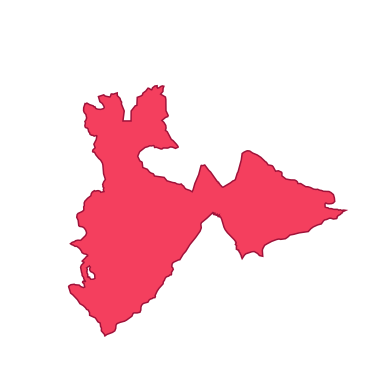 Padang Lawas Utara, Sumatera Utara, Indonesia (Albers equal-area conic projection), rotated 345°
{"feature_id": "22746128B6160471216736", "entity_name": "Padang Lawas Utara", "entity_type": "district", "adm_level": 2, "iso_a3": "IDN", "parent_name": "Indonesia", "parent_adm1": "Sumatera Utara", "projection": "albers", "projection_center": [99.778, 1.636], "detail": "fine", "context": "isolated", "style": "filled", "palette": "rose", "viewbox_px": 384, "rotation_deg": 345, "n_neighbors": 0, "source": "geoboundaries", "source_scale": "gbopen_adm2", "svg_char_len": 5982}
<svg xmlns="http://www.w3.org/2000/svg" viewBox="0 0 384 384"><g transform="rotate(345 192 192)"><path d="M139.2,76.5L138.0,78.4L137.2,79.0L133.0,76.9L131.9,75.3L126.3,75.6L126.4,80.9L128.3,83.3L129.2,86.8L129.1,87.7L128.1,88.5L125.3,88.6L122.3,87.6L120.7,86.4L120.3,84.5L119.4,84.3L118.9,83.2L115.7,81.1L113.5,78.9L112.3,79.3L111.6,78.9L109.2,82.5L108.3,85.4L108.5,87.4L109.6,89.7L109.4,93.2L108.1,95.2L106.8,96.1L106.9,97.8L105.7,100.1L105.6,101.5L106.0,102.3L107.5,103.3L107.9,104.1L107.8,106.9L108.4,108.3L108.5,110.0L109.8,111.2L111.1,111.7L111.9,112.7L114.1,112.7L114.6,113.2L113.1,116.5L109.6,120.4L109.9,124.2L107.2,125.7L106.5,126.9L106.7,127.8L107.9,128.2L108.2,128.7L108.8,131.4L110.7,135.6L112.0,137.5L112.9,140.8L112.9,142.9L111.3,151.6L111.6,157.4L109.4,159.3L107.6,161.7L107.7,163.0L107.3,163.9L107.9,165.1L106.9,166.9L107.1,168.8L103.8,168.7L103.5,167.6L102.2,166.6L100.9,166.2L99.1,166.2L98.0,165.4L97.4,165.8L97.0,165.7L96.6,166.1L95.9,166.1L94.4,167.4L93.3,169.5L89.6,171.0L86.2,173.1L85.0,174.7L84.5,177.2L83.5,178.3L83.1,180.6L82.5,181.7L80.9,182.4L76.4,183.2L75.2,184.1L74.1,186.6L74.7,189.8L73.9,195.2L74.5,196.1L77.2,197.3L78.6,198.9L79.5,201.5L79.6,203.8L79.5,204.5L78.1,206.4L72.3,209.7L71.6,209.8L69.4,209.0L67.0,208.9L65.6,209.5L63.3,209.6L61.2,210.5L62.1,211.6L63.6,212.7L65.0,214.2L66.7,214.7L68.8,217.5L69.8,220.1L70.1,222.1L71.6,223.7L73.7,224.7L74.9,226.0L74.5,226.9L73.4,226.9L72.4,227.8L68.0,230.3L68.7,231.4L69.4,231.7L69.3,232.3L66.2,234.1L64.9,235.9L64.5,241.3L64.7,241.9L64.3,244.3L65.2,246.5L65.0,247.8L65.9,250.7L65.4,250.9L64.0,249.9L63.2,250.3L62.9,251.1L63.9,252.5L63.8,256.0L62.3,256.2L60.1,254.6L58.9,252.7L55.2,251.4L54.3,250.6L51.0,250.2L48.8,250.9L48.3,251.5L48.6,258.2L50.3,260.5L53.5,266.4L54.9,270.9L57.5,273.5L59.1,276.1L59.8,278.1L61.2,279.2L61.8,282.0L61.2,284.6L66.1,288.6L67.5,293.0L69.4,294.9L68.9,298.1L69.3,300.0L68.5,302.6L70.8,307.4L70.7,308.0L70.0,308.7L72.9,307.6L78.9,307.0L81.5,306.1L83.0,304.1L84.1,301.0L85.5,299.7L88.8,299.3L93.4,299.3L95.6,298.8L101.8,296.4L103.7,294.0L104.9,293.8L107.7,294.6L110.6,294.7L112.0,292.8L112.8,290.2L113.7,288.7L115.2,287.4L116.8,287.0L120.9,287.0L122.7,285.2L124.3,284.6L125.6,284.7L126.9,284.2L128.9,284.4L129.6,283.4L129.6,282.4L132.8,278.6L135.2,276.5L140.3,273.2L141.0,271.4L142.6,270.0L143.6,268.5L145.3,267.3L147.7,267.2L149.1,266.4L150.4,266.7L150.9,266.2L151.4,264.3L153.9,261.9L153.7,260.0L153.1,259.1L154.0,256.7L154.8,255.7L156.3,255.0L161.5,254.1L162.7,254.3L167.4,249.8L170.6,247.7L176.4,242.2L183.7,236.9L189.7,231.9L191.7,229.0L192.2,225.4L193.1,224.1L199.5,221.2L206.9,217.2L208.3,218.5L208.0,218.9L207.0,218.9L207.1,219.3L208.1,219.4L208.6,219.0L208.6,220.2L210.4,220.1L210.0,220.9L211.0,221.2L210.0,221.6L210.8,221.7L211.8,221.4L211.3,222.0L212.1,222.3L211.5,222.7L212.0,222.9L211.6,223.4L212.6,222.9L213.2,223.9L213.6,226.1L213.8,234.3L214.3,237.0L215.7,240.5L220.3,248.7L221.2,250.7L221.1,251.6L221.6,252.0L221.3,252.9L220.3,253.8L221.2,255.5L220.5,256.7L220.5,257.8L220.0,258.5L220.9,259.6L221.6,259.8L221.7,260.5L222.1,260.6L222.0,261.6L222.8,264.2L222.7,265.2L223.3,266.1L222.9,267.0L223.2,269.3L226.3,266.5L228.1,265.6L234.3,265.2L236.7,265.6L239.5,268.4L240.7,270.8L243.7,272.4L244.8,266.8L245.5,265.3L248.3,262.3L251.0,261.5L256.2,260.3L261.4,259.8L263.8,259.9L265.4,260.7L270.1,261.3L272.7,260.4L275.5,258.9L279.3,259.2L284.9,259.2L294.1,260.3L297.3,258.2L300.2,257.1L304.9,256.3L308.7,256.3L311.3,254.1L312.7,253.3L315.0,253.4L317.8,252.9L319.4,253.3L321.6,254.7L324.8,255.1L325.5,254.5L325.7,253.6L327.1,252.6L329.7,252.0L330.8,251.1L331.6,251.1L332.4,250.1L335.7,249.5L333.8,248.7L331.8,248.5L330.5,247.5L329.1,247.6L328.2,246.5L324.3,245.4L322.5,244.2L320.1,243.5L319.2,242.4L317.5,241.7L316.7,240.9L317.3,238.2L317.8,237.5L318.5,237.3L319.5,238.2L321.0,238.8L323.6,239.3L325.2,239.3L327.4,238.1L328.0,234.6L327.9,231.1L326.1,228.5L324.5,227.0L319.1,225.3L317.6,224.1L315.8,223.3L314.1,221.9L312.4,221.6L310.2,220.7L307.7,218.4L305.4,217.0L303.2,216.3L299.2,212.0L296.5,211.2L296.4,209.5L295.7,208.3L294.3,207.0L290.6,205.9L286.1,203.8L283.0,199.6L283.8,197.0L283.6,196.0L281.0,193.9L278.1,193.5L276.9,188.6L276.4,187.6L275.3,186.8L272.6,185.6L271.5,182.5L270.7,181.7L267.5,176.4L264.6,173.1L260.6,170.0L258.4,167.4L256.5,166.6L255.2,166.5L252.5,167.0L250.4,167.8L247.9,173.8L241.8,184.3L240.5,185.7L237.2,191.0L236.2,191.7L234.3,191.9L231.5,193.1L223.3,195.4L222.6,195.1L221.1,192.4L220.3,190.2L219.9,190.0L220.1,189.5L219.0,188.1L215.1,177.5L213.8,175.4L211.3,169.2L209.2,169.3L207.9,168.7L207.5,169.0L203.0,176.9L197.0,184.5L193.6,190.2L192.2,191.8L190.2,189.8L187.0,187.7L186.0,186.2L185.4,184.1L184.6,183.3L183.7,181.5L181.8,181.4L179.6,180.3L177.9,178.7L175.9,177.9L170.7,174.7L168.9,170.7L159.8,166.8L159.7,165.5L159.2,164.3L157.6,163.3L156.1,161.7L154.7,158.5L150.8,155.6L151.5,150.6L151.2,149.8L150.0,148.9L149.5,147.6L148.8,143.4L151.9,139.5L158.2,136.8L161.0,136.8L163.2,136.4L164.7,137.0L166.7,137.1L167.3,137.6L167.4,139.3L169.2,139.6L173.3,142.5L174.6,142.6L175.6,142.0L180.0,143.3L182.8,142.9L184.7,143.6L187.4,145.6L190.2,145.1L190.3,144.4L189.4,142.0L187.1,137.6L185.6,135.8L183.7,127.4L182.3,125.6L183.5,123.5L183.9,120.9L182.9,117.5L181.4,115.1L185.8,113.1L188.1,112.9L188.8,111.9L187.9,106.7L190.7,95.8L190.9,93.4L187.0,89.3L189.9,87.4L190.9,84.4L192.2,82.6L191.0,81.9L189.5,81.9L186.9,82.8L185.8,82.8L185.4,82.1L185.8,80.3L183.5,80.0L180.8,81.2L179.6,82.8L179.0,82.7L177.2,80.7L176.4,80.3L173.5,82.5L170.2,83.8L169.3,85.3L168.4,85.8L167.1,86.1L163.6,86.4L161.2,94.0L159.4,94.1L154.2,98.0L151.5,107.6L143.7,105.5L147.5,96.2L146.6,88.8L147.3,86.9L146.8,85.5L146.7,82.9L144.8,79.6L145.4,76.9L141.0,77.1L140.1,76.5L139.2,76.5ZM70.5,238.0L73.7,236.9L73.7,237.3L74.4,238.3L73.4,239.4L73.0,240.7L73.5,242.6L75.6,244.5L76.6,246.5L75.9,250.3L74.1,250.7L71.6,250.1L71.2,248.7L69.6,247.3L70.2,247.2L69.4,246.6L70.0,244.4L69.6,242.9L70.0,241.6L69.8,241.5L70.9,239.6L70.5,238.0Z" fill="#f43f5e" stroke="#9f1239" stroke-width="1.5"/></g></svg>